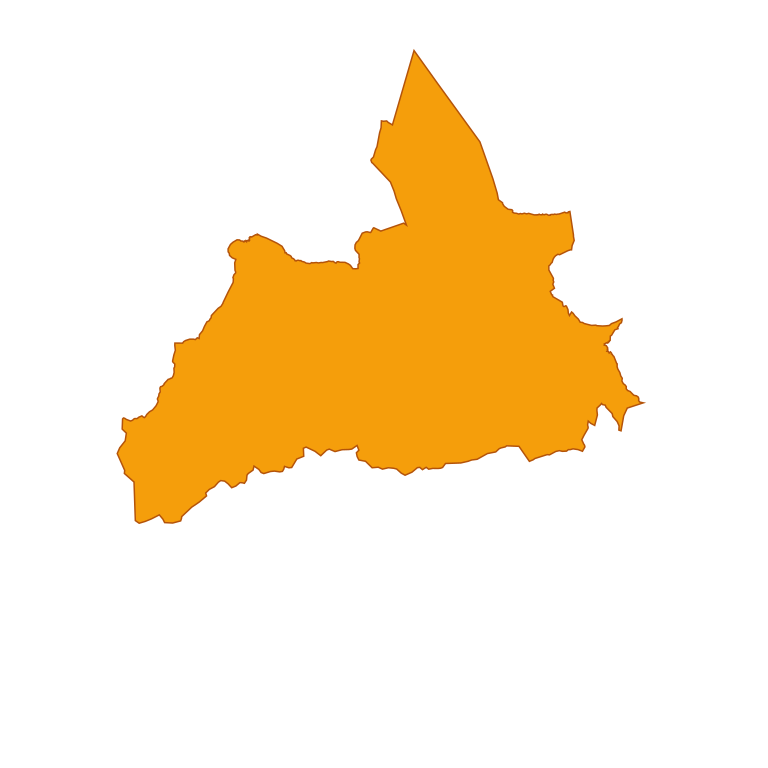 Kwaebibirem, Eastern, Ghana (Mercator projection), rotated 132°
{"feature_id": "2480657B54074930978119", "entity_name": "Kwaebibirem", "entity_type": "district", "adm_level": 2, "iso_a3": "GHA", "parent_name": "Ghana", "parent_adm1": "Eastern", "projection": "mercator", "projection_center": [-0.887, 6.234], "detail": "fine", "context": "isolated", "style": "filled", "palette": "amber", "viewbox_px": 768, "rotation_deg": 132, "n_neighbors": 0, "source": "geoboundaries", "source_scale": "gbopen_adm2", "svg_char_len": 6171}
<svg xmlns="http://www.w3.org/2000/svg" viewBox="0 0 768 768"><g transform="rotate(132 384 384)"><path d="M448.3,328.2L443.3,324.7L440.2,320.5L438.7,317.7L438.7,311.6L437.7,307.3L430.8,304.2L423.8,303.2L422.0,301.6L421.9,298.1L417.7,296.9L417.4,293.8L414.1,291.3L410.6,287.3L408.6,285.5L406.8,284.6L401.9,285.1L391.3,274.1L385.2,269.8L381.8,268.0L377.6,264.4L366.5,260.6L359.7,255.5L355.0,255.1L353.4,254.4L349.6,251.8L347.9,251.5L340.0,242.0L344.2,224.2L340.4,222.4L338.4,222.0L327.3,215.5L325.9,213.6L319.2,211.2L316.2,209.1L314.7,206.4L311.7,203.4L309.4,203.1L308.3,201.8L305.7,200.1L302.9,195.9L301.2,191.5L296.3,192.6L295.3,194.0L294.9,195.6L293.1,199.7L288.4,201.0L280.5,202.7L279.5,203.4L278.2,205.3L274.9,207.4L274.9,204.0L273.8,199.7L264.2,204.7L261.1,208.2L259.3,209.6L254.9,209.2L252.9,209.3L253.1,207.9L251.7,205.4L252.7,203.4L253.3,194.7L255.1,192.1L255.9,185.6L257.8,181.3L261.1,178.6L260.2,176.5L247.2,184.6L239.1,187.1L224.5,178.7L226.3,181.9L225.9,183.7L224.6,184.6L223.6,186.2L223.8,188.4L225.0,190.4L225.2,191.1L224.9,196.1L225.8,198.6L225.5,200.8L223.8,202.2L223.4,204.0L223.6,206.4L222.6,209.2L220.3,210.8L219.6,213.4L217.7,216.4L216.4,220.3L215.1,222.4L213.0,224.2L213.1,224.7L209.7,231.6L209.7,232.9L209.2,234.4L209.5,235.1L208.8,235.7L208.6,237.2L210.3,237.4L209.7,238.9L210.5,240.2L208.9,240.4L209.0,241.0L208.6,241.5L207.8,241.6L207.5,241.9L206.8,244.4L207.7,246.4L207.0,246.6L206.7,247.1L205.5,246.4L204.6,246.4L204.0,245.3L203.5,245.7L203.1,245.6L202.8,245.0L202.3,245.3L201.6,245.0L201.1,245.5L200.3,245.1L196.9,247.9L195.5,247.5L189.2,248.7L186.3,247.1L185.8,248.2L184.4,248.3L181.8,249.1L179.6,248.6L177.3,249.8L176.3,250.8L182.6,253.1L187.0,255.4L189.7,255.7L192.4,258.1L194.7,260.4L198.2,264.8L198.5,265.9L201.6,269.0L205.1,275.7L205.4,277.6L206.8,279.5L205.7,283.1L205.6,287.8L204.9,290.8L205.0,292.8L209.0,292.0L208.0,294.4L205.6,297.1L204.1,300.5L204.2,301.2L205.8,301.9L206.2,302.4L206.1,303.4L203.9,306.2L206.1,316.9L206.0,317.3L205.1,318.3L205.5,319.1L203.9,322.5L198.8,321.4L197.0,325.1L195.8,325.8L194.6,326.1L193.6,327.9L192.5,328.4L192.0,329.1L189.0,337.7L186.0,340.5L184.0,340.3L182.6,340.6L181.2,340.4L178.2,341.8L176.0,342.3L173.9,342.3L171.3,341.6L170.4,340.0L162.0,336.6L159.5,335.2L158.8,334.4L155.3,336.8L150.1,338.7L147.5,342.0L146.5,342.9L131.4,361.3L132.8,362.2L133.6,361.8L135.1,363.3L135.4,364.7L140.5,367.6L141.9,368.9L142.4,369.1L143.8,371.1L144.5,371.3L145.6,372.7L146.9,373.7L147.3,373.4L148.4,374.4L149.0,376.7L150.1,377.8L150.7,377.9L151.4,378.8L151.7,379.9L152.5,379.8L153.8,381.3L153.9,382.2L155.1,382.9L155.4,382.8L155.9,383.7L156.7,384.0L157.1,384.9L157.7,385.3L160.4,390.7L162.1,391.8L163.2,394.0L165.3,395.3L166.1,396.8L167.5,397.5L168.5,399.8L169.8,401.5L170.4,403.4L169.1,404.3L168.9,405.6L171.1,408.7L171.5,413.5L170.7,416.4L170.0,417.2L170.5,422.3L166.5,427.5L158.5,440.6L139.9,474.7L124.6,546.3L116.1,584.8L185.8,551.1L186.8,555.9L186.7,558.0L189.1,560.2L190.2,562.0L195.6,557.6L200.2,555.4L212.3,548.0L215.5,547.0L222.4,543.7L225.4,543.9L226.4,543.5L227.6,541.3L227.5,540.1L229.6,514.4L233.9,505.6L238.1,498.8L243.7,487.2L250.9,473.7L251.3,477.0L272.5,488.7L274.7,496.1L275.4,496.3L280.0,495.3L280.6,495.5L282.1,498.3L283.4,499.5L286.5,501.1L293.6,499.2L294.9,499.0L297.3,499.3L300.0,498.6L302.7,496.4L303.8,494.6L304.3,489.3L306.7,487.2L307.3,486.1L310.0,484.2L310.4,483.1L312.6,483.2L315.5,480.6L317.2,482.0L319.2,484.4L318.3,488.4L318.6,490.8L319.7,494.4L323.0,498.2L323.7,499.8L324.4,500.5L325.2,500.7L326.1,500.5L326.6,501.1L326.9,503.9L327.9,504.7L329.7,507.5L330.8,507.9L335.0,511.0L335.7,512.0L337.9,513.7L339.0,515.6L341.7,518.0L342.1,518.9L344.1,519.6L346.3,522.8L346.6,524.7L347.9,527.2L347.9,528.4L348.6,528.9L349.3,530.4L350.2,531.3L351.3,531.6L351.9,532.6L351.4,533.7L351.5,535.3L352.0,537.0L351.3,538.4L351.4,539.9L352.4,543.2L351.9,544.6L352.7,545.3L351.4,547.1L349.9,551.9L350.9,557.5L354.2,569.0L356.4,574.2L357.3,578.2L357.6,577.8L358.0,577.9L359.0,579.3L363.3,580.7L363.6,581.5L364.6,582.1L365.1,581.6L365.6,581.9L366.3,580.9L366.9,580.9L367.2,580.0L367.8,579.9L368.2,580.6L368.6,580.7L368.3,581.2L369.7,582.2L370.1,581.8L370.0,582.6L370.6,582.4L371.0,583.3L371.9,583.0L372.4,583.6L372.2,584.4L373.5,586.1L373.6,587.7L375.2,589.7L379.7,591.1L383.0,591.5L387.9,590.3L390.1,588.2L390.4,586.5L391.8,584.8L391.8,581.2L390.5,577.5L393.9,576.0L399.2,570.8L400.0,569.2L400.8,568.6L403.3,568.6L406.1,567.4L406.5,566.4L409.4,564.1L419.5,561.5L431.1,558.1L431.8,557.7L435.3,557.1L438.7,557.9L448.6,558.1L450.5,556.8L452.4,556.7L453.6,556.3L454.5,556.4L456.3,557.2L461.3,556.0L465.9,554.4L470.7,554.2L473.9,551.9L474.6,553.7L477.2,553.9L478.1,555.5L480.7,558.4L484.5,560.6L486.6,561.2L488.4,561.0L493.5,566.8L495.3,565.3L498.6,561.6L503.2,559.5L508.5,556.4L509.0,555.4L509.1,552.9L511.4,551.0L512.8,550.7L515.8,547.7L518.8,546.1L521.1,545.6L522.1,545.9L522.7,546.5L523.7,546.6L524.9,547.5L530.9,547.6L531.5,547.1L534.0,547.3L535.5,548.2L536.5,548.0L537.3,547.5L539.6,545.0L541.9,544.6L543.8,543.3L546.4,542.6L546.9,542.2L547.7,540.6L548.6,539.9L552.8,538.8L558.1,538.6L561.6,539.7L565.4,539.9L567.3,539.5L569.2,539.5L569.6,540.3L569.7,542.6L573.0,544.1L574.5,544.2L575.4,544.8L576.3,546.0L577.4,546.5L579.2,546.6L581.1,547.6L582.7,551.7L583.0,553.8L583.6,554.9L584.9,554.9L592.7,548.4L592.9,542.6L599.4,538.3L608.3,537.7L614.2,535.7L621.7,518.9L624.2,517.1L624.1,504.2L651.9,477.4L651.3,472.8L645.9,469.5L639.9,466.6L631.6,463.4L632.4,457.8L633.8,454.3L628.7,448.0L621.8,443.5L619.3,444.6L617.9,445.6L604.2,444.5L595.3,442.3L585.9,441.0L584.3,443.6L579.2,443.3L573.7,441.3L567.8,441.4L565.0,440.7L562.8,437.4L562.5,433.0L563.0,427.8L558.9,425.8L553.7,425.1L552.2,423.2L551.2,421.3L547.4,421.9L543.5,424.8L541.4,425.0L535.6,423.7L532.0,425.7L531.2,419.9L532.0,416.1L531.0,413.4L525.0,409.8L522.1,407.2L519.1,402.7L516.9,401.0L514.4,401.5L511.8,402.8L509.9,398.6L507.8,396.7L498.1,398.6L491.4,395.3L485.7,400.9L483.0,399.7L480.2,390.3L479.6,383.0L471.5,382.4L469.0,381.1L467.0,375.2L460.9,371.2L456.1,366.2L453.9,364.4L447.7,362.9L450.0,358.4L453.6,358.5L455.9,355.4L457.3,351.8L453.8,346.0L454.2,336.8L449.7,332.6L448.3,328.2Z" fill="#f59e0b" stroke="#b45309" stroke-width="1.5"/></g></svg>